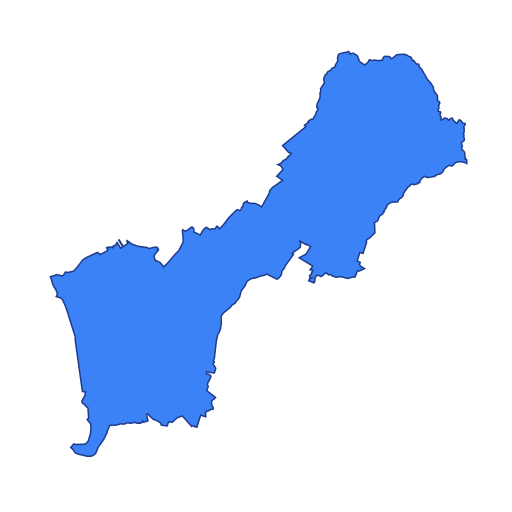 Vadu Crisului, Bihor, Romania, rotated 184°
{"feature_id": "2599482B52238792704347", "entity_name": "Vadu Crisului", "entity_type": "district", "adm_level": 2, "iso_a3": "ROU", "parent_name": "Romania", "parent_adm1": "Bihor", "projection": "albers", "projection_center": [22.467, 46.953], "detail": "fine", "context": "isolated", "style": "filled", "palette": "blue", "viewbox_px": 512, "rotation_deg": 184, "n_neighbors": 0, "source": "geoboundaries", "source_scale": "gbopen_adm2", "svg_char_len": 6026}
<svg xmlns="http://www.w3.org/2000/svg" viewBox="0 0 512 512"><g transform="rotate(184 256 256)"><path d="M178.1,466.5L180.2,465.4L181.7,465.3L187.3,463.3L188.1,462.0L188.5,459.1L188.0,456.3L190.2,452.0L190.2,450.2L193.5,448.4L194.4,446.4L197.1,445.1L197.7,444.0L197.8,442.9L199.6,441.5L199.7,440.0L200.6,439.1L200.7,436.4L199.9,433.9L200.1,433.0L203.3,427.4L202.9,426.1L203.6,422.1L203.1,420.9L203.5,417.2L205.6,412.0L205.7,410.9L205.7,408.4L204.1,407.0L205.9,403.9L206.2,401.8L208.9,396.5L210.4,396.4L212.7,394.6L213.4,393.8L212.9,393.1L216.8,389.8L215.4,388.4L237.2,368.0L230.5,361.4L228.0,360.9L229.3,358.7L230.7,357.8L231.5,356.2L232.5,355.4L233.1,354.3L235.2,353.4L237.9,349.9L240.5,348.7L237.9,347.7L237.0,347.0L235.0,344.2L240.9,337.0L234.7,333.4L244.2,325.6L246.8,322.4L247.2,319.5L253.8,305.4L256.9,307.1L260.7,308.4L264.8,308.2L268.5,308.9L268.7,310.2L271.7,308.3L272.1,307.5L272.5,305.1L274.0,302.8L273.9,302.0L274.2,301.1L275.3,300.3L278.0,300.9L280.0,299.0L285.6,292.7L290.6,285.0L294.1,280.6L296.2,282.6L297.3,282.9L298.6,280.2L302.5,279.9L303.5,279.0L307.7,281.2L310.0,278.9L311.8,275.9L313.0,273.0L319.5,275.6L320.1,279.2L321.6,280.4L322.8,280.2L324.8,278.1L328.1,275.7L330.9,277.1L331.2,275.8L330.1,270.0L329.7,264.8L333.5,255.8L337.2,251.6L343.6,242.8L347.5,238.5L347.9,239.4L351.2,242.8L355.8,244.7L356.2,244.4L357.8,248.9L357.1,250.4L353.8,255.1L355.0,255.4L354.1,256.6L355.5,257.9L357.9,257.7L363.0,256.0L365.6,256.9L374.6,257.5L380.6,259.2L385.7,262.4L385.9,262.0L385.2,260.5L384.6,260.0L385.0,259.3L389.1,256.3L393.6,262.5L394.0,262.1L389.6,256.0L391.5,254.3L395.6,259.8L396.2,258.8L396.2,257.5L398.8,256.2L399.4,255.5L399.0,254.8L399.7,254.1L400.7,254.8L402.5,254.7L402.7,254.1L403.2,253.9L403.4,254.4L404.4,254.6L405.6,253.7L404.1,251.3L411.8,246.4L412.5,247.6L413.5,247.5L414.3,248.6L425.7,242.3L428.6,239.9L434.3,231.4L435.9,229.3L437.3,228.0L442.5,226.5L445.0,226.7L446.6,223.6L447.8,222.6L453.9,223.6L455.4,222.3L456.1,222.4L459.7,221.0L458.2,217.8L458.0,216.6L457.5,215.9L456.8,213.5L454.0,209.2L453.1,208.3L452.4,206.2L451.3,205.0L451.9,203.6L452.0,202.2L452.4,201.6L447.5,200.4L445.7,198.4L442.2,191.9L430.6,162.6L430.6,160.1L419.7,108.7L416.7,108.5L416.9,105.0L419.4,99.7L419.6,98.5L418.4,96.6L416.6,96.3L416.0,94.9L413.0,92.6L411.7,82.6L413.0,81.0L409.9,77.7L409.4,77.1L409.0,75.6L408.6,72.3L408.7,68.3L409.1,65.7L410.3,60.1L411.7,57.8L413.6,56.3L422.8,55.4L424.7,55.8L427.5,52.1L425.5,50.6L422.3,46.8L418.2,45.7L409.9,44.4L406.2,44.9L404.1,45.9L402.2,47.8L399.9,54.6L394.9,62.8L392.2,69.6L391.9,71.7L390.3,76.1L389.4,77.1L384.2,77.4L378.7,79.3L377.1,79.0L375.0,79.4L373.0,80.6L369.1,80.4L365.2,81.6L363.2,80.9L359.5,81.1L357.4,83.5L357.0,82.2L352.2,84.0L353.6,88.2L354.1,90.7L352.5,90.9L351.7,89.6L346.9,85.8L344.2,85.2L340.2,83.2L339.0,82.1L338.8,80.7L332.8,80.3L331.6,84.5L327.9,84.3L323.1,89.3L318.3,91.3L308.6,81.8L308.5,82.3L303.1,81.0L300.1,93.4L294.9,92.1L295.4,96.1L294.2,97.8L292.6,98.2L289.9,100.0L288.1,100.2L288.2,102.2L289.4,103.4L290.0,105.3L290.1,107.7L289.7,108.9L287.6,110.6L286.5,112.0L295.6,118.2L295.6,118.9L294.5,122.5L295.6,124.4L295.2,126.1L293.3,130.2L292.5,132.9L293.1,133.3L293.0,133.6L295.1,134.9L297.4,135.0L297.4,136.1L297.1,137.1L289.5,136.3L288.5,139.5L288.3,141.2L291.5,145.7L290.1,147.3L291.3,149.0L290.4,150.8L289.7,167.4L288.8,174.4L288.3,175.9L287.7,176.8L286.3,180.8L286.2,183.7L285.8,185.9L286.6,193.1L286.3,194.0L284.3,197.1L278.0,203.0L276.7,205.2L273.6,207.4L272.6,209.3L270.5,212.0L269.5,213.7L268.4,220.1L265.0,225.2L263.3,229.9L261.0,231.9L258.8,233.2L255.1,234.0L249.4,236.6L246.1,237.3L244.4,238.8L233.4,234.3L231.2,236.1L229.3,239.3L229.2,242.3L228.7,243.5L227.2,245.2L225.7,249.0L218.7,260.2L220.3,261.1L212.5,267.7L212.3,272.6L214.0,274.3L206.7,270.8L206.5,271.3L202.2,269.2L206.2,261.4L212.8,257.2L198.7,249.9L201.1,246.0L198.2,245.7L199.4,243.3L199.3,242.2L201.0,240.3L201.1,239.0L200.4,238.3L198.9,238.0L200.9,237.0L201.7,235.0L196.5,233.2L196.1,233.5L196.2,234.0L195.6,234.3L195.6,238.2L194.2,241.0L191.9,240.9L189.6,240.0L188.0,241.2L186.5,243.2L184.6,244.1L182.3,242.2L180.9,242.7L179.3,242.4L178.7,241.4L174.6,240.4L169.8,241.3L162.6,240.0L158.6,241.6L155.8,241.9L153.7,248.5L152.1,248.1L146.9,251.0L150.9,253.1L152.2,254.5L151.6,257.0L154.8,258.0L152.6,266.8L149.4,266.0L146.6,277.4L147.1,278.5L146.7,279.8L143.8,282.1L139.0,287.4L139.8,295.1L140.3,297.3L137.1,299.6L136.2,302.2L136.2,302.9L135.1,304.9L132.6,306.6L132.2,307.7L131.3,308.7L131.6,309.6L129.3,313.4L128.8,315.5L128.1,316.5L126.1,318.3L124.0,319.2L118.5,319.8L117.7,321.8L116.7,323.2L115.3,324.0L113.4,326.5L112.9,329.5L109.4,335.1L107.2,337.0L106.9,337.9L105.8,338.6L103.3,338.2L99.5,339.5L99.6,340.3L97.7,340.7L97.7,342.1L96.4,344.6L93.5,347.3L90.5,346.2L83.5,347.8L80.7,350.0L77.8,350.7L75.8,352.5L74.1,356.3L69.9,359.9L67.6,359.4L66.3,359.7L63.7,362.8L61.7,363.8L59.0,364.4L55.9,364.1L53.6,363.7L52.3,362.9L52.4,366.2L52.7,367.1L54.2,367.4L54.1,369.0L54.9,371.4L54.9,373.3L56.0,375.0L57.9,376.6L58.4,378.4L57.8,379.8L58.9,382.5L58.8,383.7L56.6,385.4L56.3,386.1L56.5,388.0L57.1,389.7L57.0,391.1L57.6,392.4L57.0,394.3L57.3,398.3L57.9,399.1L56.4,402.1L56.8,402.9L58.3,402.7L59.5,403.5L60.7,405.1L62.5,406.1L63.2,405.7L64.9,402.5L65.4,402.4L69.0,405.5L69.4,406.7L70.0,407.3L71.5,406.7L73.2,404.9L74.8,406.2L76.9,406.9L78.0,406.5L79.8,404.7L80.8,404.6L81.2,407.8L82.5,409.6L81.6,412.1L82.1,412.7L83.8,412.8L84.5,413.2L83.9,416.5L84.2,419.1L83.3,421.5L84.0,422.8L85.8,423.6L86.2,428.7L90.1,433.2L90.9,436.8L94.4,441.6L96.0,442.7L97.7,444.7L104.1,454.3L105.5,455.0L107.1,458.5L107.8,458.9L109.1,458.6L110.5,459.8L112.2,462.1L113.7,462.1L115.3,465.2L117.6,465.8L119.8,467.1L122.7,467.6L128.3,466.9L130.0,466.3L134.1,462.4L134.9,462.3L136.4,464.1L137.3,464.3L142.0,464.1L143.1,462.3L143.8,460.1L147.8,459.4L151.4,459.7L154.1,459.0L156.1,459.7L157.0,459.2L157.5,457.4L160.3,454.6L161.5,454.4L166.5,457.4L167.1,458.5L167.2,459.6L168.4,461.5L168.5,462.3L169.6,463.3L173.1,465.1L176.4,464.1L176.9,465.6L178.1,466.5Z" fill="#3b82f6" stroke="#1e3a8a" stroke-width="1.5"/></g></svg>